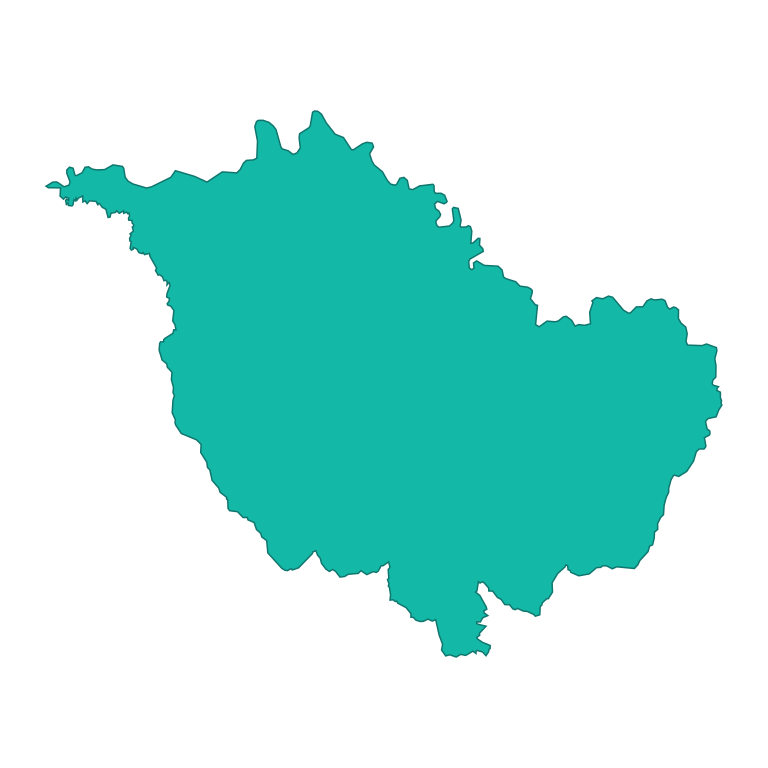 Alegrete, Rio Grande do Sul, Brazil
{"feature_id": "56859067B34107990199573", "entity_name": "Alegrete", "entity_type": "district", "adm_level": 2, "iso_a3": "BRA", "parent_name": "Brazil", "parent_adm1": "Rio Grande do Sul", "projection": "equal_earth", "projection_center": [-55.86, -29.764], "detail": "fine", "context": "isolated", "style": "filled", "palette": "teal", "viewbox_px": 768, "rotation_deg": 0, "n_neighbors": 0, "source": "geoboundaries", "source_scale": "gbopen_adm2", "svg_char_len": 6087}
<svg xmlns="http://www.w3.org/2000/svg" viewBox="0 0 768 768"><path d="M170.1,285.4L167.0,293.6L166.7,297.1L169.4,298.3L169.1,301.1L167.2,303.8L167.8,305.2L170.6,306.0L173.9,310.4L172.7,320.9L175.0,324.8L176.0,329.9L173.7,329.8L173.0,333.3L164.9,338.4L163.7,339.7L163.6,341.8L160.7,341.8L159.7,343.2L159.1,350.0L162.1,360.0L166.7,363.8L167.4,367.3L172.0,372.2L171.4,379.7L173.5,387.4L173.0,392.7L174.4,395.4L173.0,400.2L172.2,412.8L175.4,419.8L175.0,422.8L175.8,425.2L181.3,433.5L196.5,439.8L201.1,444.4L200.7,452.5L206.8,462.2L207.5,467.4L209.9,470.0L212.1,480.4L218.8,488.1L220.1,492.3L226.7,497.3L226.5,499.0L227.8,499.9L228.0,508.3L229.7,510.7L237.5,511.7L243.1,517.5L247.3,517.5L248.0,519.9L254.1,522.5L256.5,529.6L260.7,533.3L261.8,537.0L266.7,540.6L267.8,552.9L281.8,568.3L284.8,570.2L287.5,570.6L291.2,568.6L292.3,570.0L298.6,567.8L312.3,553.7L313.0,551.8L315.9,550.7L317.6,555.2L320.3,558.4L321.5,563.3L325.8,569.0L329.4,571.4L332.7,569.5L335.6,571.4L340.0,577.1L344.6,576.5L348.3,574.3L358.2,573.4L360.9,570.7L366.8,574.6L373.2,571.6L376.4,572.4L378.2,571.1L381.2,565.7L383.1,565.7L388.6,561.9L390.0,567.2L388.2,569.6L388.8,578.3L387.5,579.6L389.0,583.8L388.3,586.1L389.4,587.3L390.6,595.0L390.0,600.1L393.2,599.8L395.2,601.5L397.0,601.3L397.8,603.2L406.1,607.6L411.0,613.7L410.9,617.2L413.3,617.4L416.0,620.2L420.2,621.5L423.5,621.3L427.9,619.1L432.3,621.1L435.7,619.7L439.2,635.2L442.6,644.3L441.6,650.1L445.7,655.9L449.8,654.8L456.2,657.0L460.7,654.4L465.7,655.4L472.9,651.2L476.0,653.4L475.9,651.6L476.9,650.4L482.6,652.0L486.0,655.7L488.7,651.6L488.8,649.5L490.1,648.6L490.2,645.5L482.4,642.3L477.8,639.2L476.8,637.3L479.7,635.3L479.4,633.3L486.0,626.2L478.3,624.3L476.7,623.5L476.7,621.8L480.3,622.0L482.8,617.7L487.8,615.6L484.1,612.8L483.8,610.8L486.8,609.3L486.2,606.9L479.8,595.4L475.5,592.1L476.9,591.0L478.4,581.7L480.0,583.0L482.5,581.8L484.1,582.8L488.7,588.1L488.8,591.0L492.7,591.1L497.4,597.4L501.2,599.4L504.8,604.6L509.5,604.7L512.9,608.9L515.1,609.7L517.6,608.4L523.0,611.0L527.4,611.5L533.7,614.4L535.3,616.2L539.8,614.8L540.2,606.5L541.7,605.3L542.3,602.9L546.6,598.8L548.3,598.7L552.5,592.1L552.1,582.8L557.7,573.5L565.0,566.9L565.9,564.9L567.6,565.6L568.1,569.8L570.1,570.3L570.8,572.3L578.8,575.8L589.3,573.9L596.6,567.6L600.7,567.4L602.7,565.8L606.7,565.9L612.3,568.8L616.7,566.8L634.4,568.5L637.7,565.0L639.8,560.6L648.0,551.7L649.6,546.1L652.6,544.8L654.2,538.2L654.5,532.1L657.7,529.4L657.6,523.5L660.7,517.4L663.5,514.7L664.1,505.4L666.1,497.7L668.7,492.2L668.7,488.3L670.9,480.1L673.0,476.2L674.4,475.1L678.8,476.4L686.7,471.4L693.5,461.2L696.3,451.8L699.1,449.0L704.0,449.0L705.2,447.6L705.9,446.1L704.4,437.7L709.5,435.0L710.0,433.3L709.7,430.8L707.2,429.1L705.5,421.6L707.9,418.6L716.1,416.8L718.8,409.9L721.9,405.1L721.0,403.2L721.5,400.5L720.4,397.7L720.4,392.2L716.9,390.5L717.1,388.2L718.5,386.7L713.4,385.3L712.2,383.8L712.9,380.0L715.8,377.1L716.0,365.8L714.8,358.7L716.9,350.7L716.4,347.6L706.5,344.0L702.1,345.6L687.6,345.1L686.0,341.5L687.2,333.8L685.8,327.1L681.1,323.2L678.4,318.5L678.5,309.8L675.8,307.7L673.6,307.0L669.7,309.1L667.6,307.3L665.0,300.6L662.1,299.2L654.3,300.0L651.1,298.8L646.8,301.0L642.9,306.8L636.3,306.9L630.8,312.6L628.8,313.3L623.5,310.2L612.7,297.3L608.5,296.1L602.8,298.8L596.4,297.6L591.9,300.9L593.0,302.3L589.7,312.2L590.5,323.8L584.7,325.3L578.7,324.6L575.0,326.1L571.7,320.4L566.3,316.3L563.3,316.9L558.3,321.0L555.1,321.8L547.0,321.1L539.2,326.8L535.6,324.6L537.5,305.3L535.3,304.8L530.4,298.6L532.2,292.9L532.2,290.4L530.7,288.8L527.7,287.2L519.9,286.1L515.7,281.7L505.8,278.6L503.5,276.9L502.1,270.0L498.1,266.2L484.2,265.4L476.7,260.9L473.5,263.0L474.0,268.2L471.8,269.7L469.3,268.0L468.7,261.4L470.0,259.0L483.3,251.4L482.7,248.6L479.5,245.2L479.9,238.5L478.2,238.3L472.9,243.0L470.8,243.3L471.8,231.1L470.4,226.6L468.3,225.7L466.2,227.0L460.8,227.1L460.1,225.5L461.1,220.3L458.2,208.4L453.5,207.4L452.3,209.0L453.8,220.4L453.0,222.8L449.5,226.0L439.0,227.2L437.1,225.9L435.9,222.4L436.2,220.6L439.8,216.7L440.6,214.5L438.7,210.9L435.6,208.7L434.5,204.0L437.6,201.4L444.1,203.8L445.9,202.8L447.1,201.5L444.6,195.2L441.1,193.3L435.5,193.3L434.2,191.6L434.0,185.5L432.9,184.3L419.6,185.9L412.8,189.6L409.1,188.9L407.3,180.4L403.9,177.4L399.9,178.3L396.7,184.2L395.2,185.2L390.6,184.1L387.4,180.5L382.4,171.7L374.2,165.0L372.0,161.2L369.6,153.9L373.6,146.9L372.1,143.1L366.8,142.3L362.5,143.8L353.2,149.9L351.3,149.5L343.5,137.6L335.1,134.2L326.2,122.8L321.5,114.2L317.8,111.3L314.5,111.0L312.6,112.2L310.2,125.9L309.0,127.7L299.6,133.7L299.1,137.9L300.3,147.9L296.9,153.0L292.9,154.4L288.3,150.8L282.2,148.9L280.9,147.0L276.0,129.6L273.3,126.0L269.1,122.4L263.0,120.3L258.2,120.4L256.5,121.6L254.8,126.6L257.5,141.0L256.8,158.2L253.3,159.9L246.4,160.4L243.5,163.1L240.2,169.5L236.8,172.9L222.3,171.9L207.0,182.1L194.6,176.4L175.4,170.7L170.9,177.3L151.4,186.9L146.4,188.0L133.0,184.0L128.1,181.2L125.2,177.3L123.7,168.2L122.3,166.4L113.0,164.9L104.6,169.6L96.5,169.9L91.9,169.0L88.5,166.8L85.0,167.3L82.2,172.7L76.3,175.7L74.9,175.0L73.1,168.2L69.5,167.2L66.8,170.0L66.8,173.2L70.1,182.1L69.0,185.1L64.1,186.8L56.9,182.0L52.8,182.1L46.1,186.2L48.3,187.7L60.5,187.9L60.1,196.1L63.5,199.2L65.6,197.0L68.8,198.3L68.7,200.4L66.5,199.2L65.6,200.4L66.4,204.4L68.0,203.0L68.4,205.5L72.0,205.9L73.0,204.8L73.9,199.7L75.2,200.8L76.0,198.2L76.8,200.4L78.4,198.1L82.7,196.0L82.9,202.0L85.1,200.8L87.1,203.6L89.5,200.8L96.1,201.4L98.0,205.3L98.0,203.4L99.7,203.8L102.2,207.3L105.9,209.2L108.1,217.5L110.1,217.1L110.9,213.3L115.5,212.4L116.6,210.7L119.2,213.3L123.6,210.9L123.8,213.3L126.6,212.1L127.9,213.8L129.0,213.0L129.6,216.1L128.5,218.0L128.7,220.1L132.0,220.5L132.1,223.0L133.6,224.5L133.6,226.3L132.3,227.0L133.4,231.1L130.0,233.9L131.2,235.1L129.6,238.5L129.9,241.0L131.2,241.7L130.1,248.4L131.4,250.1L133.2,249.2L133.3,247.4L136.8,248.9L138.9,252.6L142.0,253.6L143.1,252.6L144.5,254.6L149.4,253.4L149.9,256.2L156.6,268.1L155.5,270.5L158.2,275.2L159.5,274.6L162.6,276.9L163.9,280.7L166.0,280.3L167.2,281.7L167.0,284.9L169.1,282.4L170.1,285.4Z" fill="#14b8a6" stroke="#0f766e" stroke-width="1.5"/></svg>